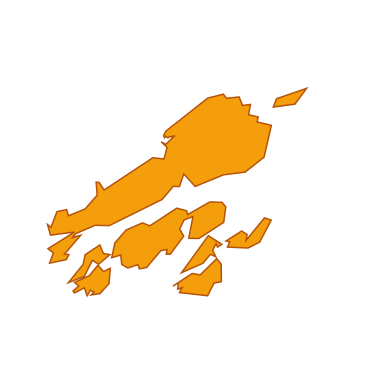 the district of Rennesøy nor, Rogaland, Norway, rotated 314°
{"feature_id": "86288312B22381651590620", "entity_name": "Rennesøy nor", "entity_type": "district", "adm_level": 2, "iso_a3": "NOR", "parent_name": "Norway", "parent_adm1": "Rogaland", "projection": "robinson", "projection_center": [5.661, 59.087], "detail": "medium", "context": "isolated", "style": "filled", "palette": "amber", "viewbox_px": 384, "rotation_deg": 314, "n_neighbors": 0, "source": "geoboundaries", "source_scale": "gbopen_adm2", "svg_char_len": 1931}
<svg xmlns="http://www.w3.org/2000/svg" viewBox="0 0 384 384"><g transform="rotate(314 192 192)"><path d="M84.1,108.5L68.7,115.0L68.2,110.7L62.7,120.2L81.6,135.3L51.2,127.8L51.9,134.6L41.9,139.0L56.1,148.6L61.4,146.9L58.7,143.4L83.6,142.0L76.3,137.7L81.2,137.3L100.6,145.3L110.3,155.8L166.0,175.7L183.1,174.6L187.1,179.2L199.3,173.6L198.2,190.4L226.2,202.7L243.3,216.4L267.2,219.6L295.1,202.8L287.6,190.2L291.9,187.5L286.9,179.1L295.6,173.2L289.4,168.3L293.1,159.9L283.4,151.7L284.2,146.6L270.5,138.1L217.6,130.9L212.9,132.3L212.0,134.5L213.5,134.1L214.2,137.0L216.1,137.2L217.4,138.9L219.2,139.4L219.9,140.5L208.0,140.0L206.7,134.9L206.8,143.1L196.3,148.9L189.4,140.0L132.4,127.4L134.4,118.5L132.5,116.2L123.8,126.0L105.6,126.9L89.2,119.7L92.2,114.0L84.1,108.5ZM101.8,171.9L88.9,179.9L97.2,184.5L91.1,191.7L92.7,198.6L102.2,203.6L100.2,207.5L106.1,211.8L128.2,210.3L133.2,213.9L129.4,216.8L132.2,219.6L154.5,216.7L156.8,208.8L166.5,205.7L174.9,209.8L156.5,221.8L163.3,229.2L192.2,235.9L204.8,226.6L205.4,220.7L197.2,211.7L172.8,204.6L174.8,201.2L169.8,192.3L138.4,185.2L135.4,177.8L118.7,171.0L101.8,171.9ZM133.6,248.8L110.9,243.6L117.2,245.2L112.1,249.2L116.3,251.4L110.9,252.8L128.2,275.3L141.8,271.1L147.9,275.4L160.4,263.1L161.1,256.1L138.1,255.5L133.6,248.8ZM45.3,170.3L45.7,175.8L38.1,175.3L37.8,177.6L48.3,181.1L44.6,188.6L50.8,187.2L51.9,191.0L47.8,190.9L55.0,196.4L68.6,195.9L80.3,186.2L73.3,183.6L74.0,175.2L60.5,176.3L45.3,170.3ZM223.7,262.1L194.7,264.5L199.7,261.1L198.4,254.8L180.4,250.5L182.4,253.7L177.0,255.8L190.6,271.2L203.0,275.5L226.8,268.5L223.7,262.1ZM72.6,158.7L64.3,164.0L40.9,166.0L56.6,173.1L73.7,167.8L75.2,175.0L89.9,176.4L86.2,171.0L89.9,162.5L72.6,158.7ZM175.1,249.8L171.9,234.1L126.7,240.5L148.3,249.4L160.0,248.5L161.9,254.2L164.5,247.3L171.5,245.2L170.1,248.6L175.1,249.8ZM317.8,188.0L309.6,191.5L326.7,205.0L346.2,202.4L317.8,188.0Z" fill="#f59e0b" stroke="#b45309" stroke-width="1.5"/></g></svg>